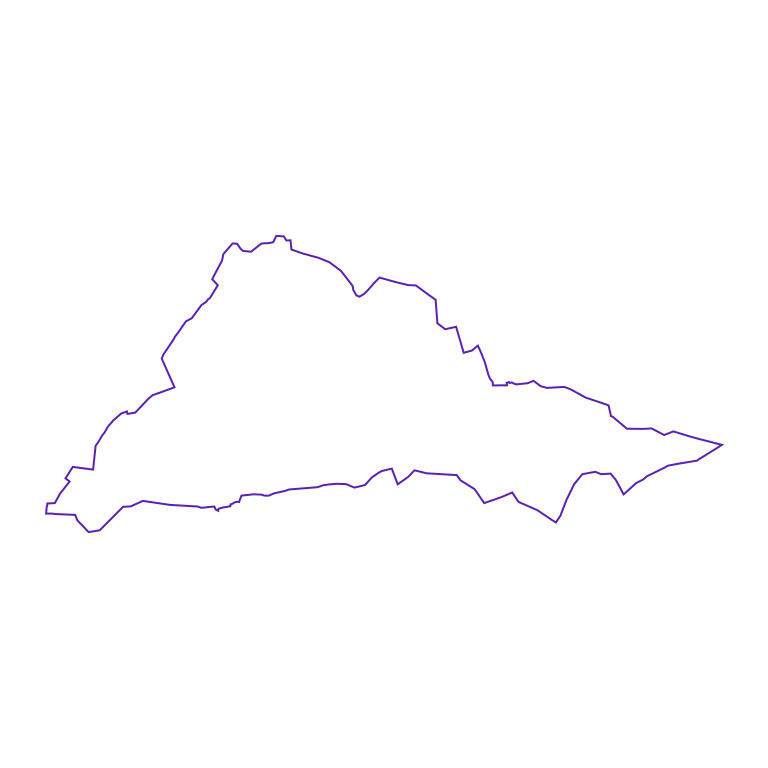 outline of Garki, Jigawa, Nigeria
{"feature_id": "59680162B71065109904105", "entity_name": "Garki", "entity_type": "district", "adm_level": 2, "iso_a3": "NGA", "parent_name": "Nigeria", "parent_adm1": "Jigawa", "projection": "robinson", "projection_center": [9.076, 12.431], "detail": "fine", "context": "isolated", "style": "outline", "palette": "violet", "viewbox_px": 768, "rotation_deg": 0, "n_neighbors": 0, "source": "geoboundaries", "source_scale": "gbopen_adm2", "svg_char_len": 2756}
<svg xmlns="http://www.w3.org/2000/svg" viewBox="0 0 768 768"><path d="M397.7,484.3L408.3,476.8L414.3,470.5L414.7,470.4L414.8,470.4L426.7,473.3L456.7,475.1L460.6,480.4L461.4,480.9L474.7,489.2L484.2,503.1L501.7,497.0L512.2,492.5L518.5,501.9L537.4,510.2L552.4,520.3L555.9,522.5L560.5,515.5L566.4,500.1L574.1,484.3L582.3,474.2L595.3,471.8L601.2,474.2L610.6,473.6L616.0,480.2L623.6,494.4L636.3,483.0L643.0,479.6L647.4,476.0L665.3,467.3L667.5,465.8L677.8,463.8L697.2,460.6L698.7,459.4L706.6,454.5L721.9,444.9L705.1,440.5L699.9,439.2L690.7,436.7L677.6,432.7L673.4,431.4L664.2,435.0L651.5,428.4L643.8,428.9L626.9,428.7L613.0,417.0L611.0,416.0L608.5,405.3L585.5,397.5L570.6,389.3L564.4,386.9L547.0,387.9L540.7,386.2L537.9,384.1L533.5,380.8L527.7,383.2L516.1,384.4L514.8,383.8L514.0,383.7L513.0,383.2L512.1,382.6L511.5,382.5L511.0,382.7L509.5,382.9L509.0,382.1L506.7,382.8L507.0,385.3L492.9,385.4L492.7,382.1L491.7,380.8L490.0,378.6L488.6,375.5L486.3,367.4L484.7,361.9L481.9,354.7L477.9,345.6L471.8,350.6L463.7,352.8L456.1,326.8L445.2,329.2L437.4,323.3L435.6,299.8L423.8,291.3L415.8,285.4L408.1,285.1L395.4,282.0L379.5,277.6L374.9,282.2L367.0,291.1L363.8,294.1L359.4,296.7L356.3,295.3L353.3,289.9L352.6,285.9L349.6,282.0L341.0,270.9L329.5,262.3L318.5,257.8L302.7,253.5L291.4,249.5L290.5,240.3L286.4,240.5L283.8,236.4L276.3,235.9L273.2,242.2L268.2,243.2L264.1,243.3L261.3,243.6L251.1,251.7L243.0,250.9L241.1,249.3L239.9,247.8L237.1,243.7L232.5,243.5L223.4,254.1L222.0,260.8L219.6,265.0L219.2,265.9L217.0,270.0L212.2,279.2L217.8,285.2L209.9,298.1L208.3,299.1L205.8,302.1L201.4,305.1L200.6,306.2L191.8,318.2L185.9,321.4L177.8,333.1L174.7,337.0L173.8,339.1L163.4,354.5L161.7,358.5L174.5,387.3L162.5,391.7L152.7,395.1L147.8,399.3L135.3,412.6L129.3,413.6L127.4,413.8L126.9,411.5L121.1,413.6L113.3,420.4L108.2,426.3L105.7,430.5L105.3,431.3L104.3,432.9L102.4,435.1L98.5,441.8L95.6,445.8L93.1,469.6L72.8,466.9L65.5,478.3L69.6,481.5L60.0,493.7L54.8,503.1L47.3,503.5L47.2,505.9L46.8,506.5L46.6,507.7L46.1,513.6L49.8,513.6L52.8,513.6L53.8,513.9L54.2,514.0L55.0,514.0L75.1,514.9L77.4,520.4L85.1,528.4L88.6,532.1L99.7,530.3L123.1,506.8L130.7,506.4L142.8,500.9L170.0,504.9L197.6,506.5L201.3,507.8L214.3,506.5L215.7,509.6L218.2,510.8L218.2,510.5L218.2,510.1L218.2,509.8L218.2,509.6L218.2,509.4L218.3,509.3L218.3,509.1L218.5,508.8L218.6,508.7L224.0,507.2L226.4,507.1L227.5,506.8L228.4,506.5L230.3,506.2L230.6,504.4L232.1,503.9L234.4,502.6L235.6,502.0L237.7,501.8L239.0,502.1L241.5,495.6L253.5,494.3L261.3,494.6L264.6,495.7L268.6,495.7L274.3,493.3L284.8,491.0L289.0,489.5L317.4,487.2L323.9,485.1L329.3,484.4L336.5,483.8L346.0,484.1L354.5,487.6L365.0,485.0L372.2,477.1L374.5,475.6L379.3,472.3L381.9,471.0L391.8,468.6L397.7,484.3Z" fill="none" stroke="#5b21b6" stroke-width="2"/></svg>